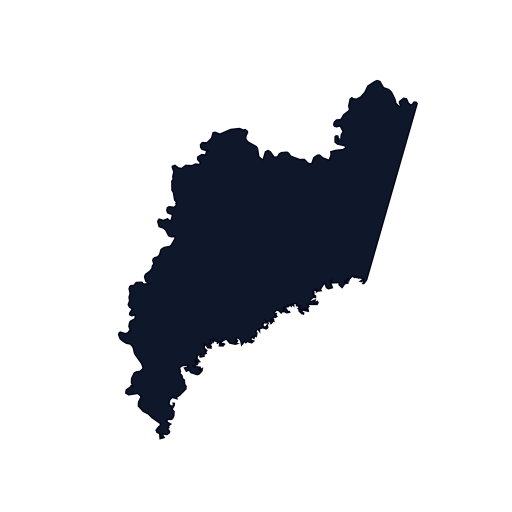 El Encanto, Amazonas, Colombia (orthographic projection), rotated 106°
{"feature_id": "7082276B15462988930410", "entity_name": "El Encanto", "entity_type": "district", "adm_level": 2, "iso_a3": "COL", "parent_name": "Colombia", "parent_adm1": "Amazonas", "projection": "orthographic", "projection_center": [-72.847, -1.998], "detail": "fine", "context": "isolated", "style": "filled", "palette": "ink", "viewbox_px": 512, "rotation_deg": 106, "n_neighbors": 0, "source": "geoboundaries", "source_scale": "gbopen_adm2", "svg_char_len": 6137}
<svg xmlns="http://www.w3.org/2000/svg" viewBox="0 0 512 512"><g transform="rotate(106 256 256)"><path d="M65.1,143.1L64.1,144.6L64.4,146.4L67.6,147.7L68.1,149.1L67.1,151.7L63.5,154.7L63.7,157.5L68.0,160.6L69.9,160.0L71.0,158.3L72.7,159.2L72.9,158.5L72.9,159.8L70.7,163.6L66.6,166.0L61.2,171.0L59.4,174.4L59.1,179.8L54.1,185.1L54.0,187.9L55.6,189.9L61.9,195.3L68.6,196.4L74.4,199.2L77.6,202.6L78.4,207.9L76.9,207.0L79.1,208.7L86.2,208.2L89.0,206.6L90.7,206.6L96.2,210.7L101.0,211.8L102.7,213.6L102.0,213.3L103.1,216.1L105.6,217.5L108.0,217.6L109.5,216.5L109.6,214.3L107.7,210.9L112.4,206.5L115.8,207.4L120.1,206.6L121.5,207.2L122.1,208.2L121.6,209.0L120.4,209.6L120.5,208.0L120.2,209.5L118.2,210.4L118.4,212.1L119.5,212.8L124.6,211.4L125.9,208.6L125.5,200.8L127.2,199.5L129.7,201.5L132.5,208.5L135.2,212.8L138.3,211.6L143.9,212.1L143.3,218.8L141.5,222.8L142.1,224.6L145.6,227.5L151.8,227.8L152.6,230.0L152.4,231.7L149.9,236.1L151.3,240.8L150.5,250.3L148.2,253.0L147.7,254.9L149.7,260.1L151.4,261.7L154.9,262.7L156.1,265.7L152.0,270.9L151.3,273.5L153.3,275.6L161.2,275.7L161.7,276.7L159.8,280.7L152.3,284.2L150.8,285.8L148.8,294.6L146.8,297.9L143.8,298.8L139.4,298.2L138.3,299.0L137.5,301.3L138.5,303.0L138.0,306.9L141.3,315.1L148.8,324.2L148.4,329.5L149.4,331.2L155.1,331.1L160.7,334.4L161.9,339.0L164.4,340.0L166.8,339.1L168.2,337.4L168.4,331.3L169.5,332.3L172.8,332.3L173.5,336.1L177.0,339.3L179.4,338.6L181.6,335.0L182.9,335.2L183.9,336.5L184.2,339.3L186.8,342.4L188.3,348.5L192.4,351.5L192.8,355.0L191.2,358.9L192.7,361.0L193.8,360.9L197.8,358.1L202.4,357.9L205.3,356.7L207.2,357.5L215.9,354.9L217.8,352.8L224.6,349.6L226.4,346.8L227.5,347.5L228.7,346.4L231.8,348.0L232.6,353.1L234.1,354.5L237.0,354.2L238.9,352.6L239.2,347.6L245.2,347.4L246.0,348.8L244.6,351.2L247.4,354.9L247.3,359.3L249.8,360.0L254.4,357.2L254.6,352.9L255.7,350.1L260.6,345.5L260.8,342.5L259.6,339.4L261.5,338.6L269.2,340.5L270.5,341.4L273.2,346.7L275.9,349.0L281.5,349.0L284.2,350.5L285.6,353.0L287.2,354.0L288.9,353.9L291.8,351.9L293.8,352.8L296.7,352.5L299.7,353.7L304.1,357.1L306.6,357.4L310.4,355.1L312.2,351.4L314.1,356.4L312.7,358.5L314.5,363.8L318.1,365.3L319.0,368.1L320.2,368.9L322.5,368.9L326.7,366.6L330.4,366.7L334.0,365.1L337.9,365.4L340.2,363.3L340.6,360.2L345.5,361.6L347.2,361.3L347.7,358.9L345.8,356.1L348.0,355.1L349.9,355.2L353.4,358.8L354.8,359.1L358.5,358.8L362.6,355.9L362.7,357.0L365.2,358.0L366.7,360.1L366.6,365.5L367.9,366.4L369.6,366.3L373.0,363.7L374.3,360.9L375.6,356.5L375.2,353.0L376.0,351.0L377.8,348.8L383.4,345.7L391.0,336.2L394.2,333.9L395.7,333.8L398.9,335.6L400.3,339.0L402.1,340.8L408.1,341.8L412.5,340.6L414.7,338.5L415.2,340.3L415.9,340.1L420.5,343.8L423.6,343.4L424.5,340.1L420.7,331.9L422.2,328.5L423.3,327.6L428.7,328.6L432.6,327.7L436.4,321.6L437.5,315.9L440.1,311.2L443.5,301.3L447.7,301.7L447.1,302.5L451.0,304.0L452.9,302.4L453.1,299.7L458.0,297.8L455.8,294.3L453.9,296.4L452.5,296.2L452.2,292.5L449.8,290.6L448.6,290.7L446.3,293.5L445.0,292.5L443.2,293.4L441.1,291.7L440.4,295.1L438.8,296.5L437.3,295.7L436.5,292.7L435.2,291.4L432.2,291.0L428.2,291.9L426.4,294.5L422.3,293.5L420.2,293.9L420.4,295.0L422.0,294.1L423.2,294.5L423.8,297.2L421.6,299.1L417.8,299.2L414.9,297.3L415.0,292.7L413.4,293.5L411.2,291.2L403.2,286.8L400.5,287.3L399.1,289.2L395.0,290.7L394.4,292.5L391.1,294.5L390.2,296.7L387.9,296.9L384.4,298.8L381.6,296.5L379.7,291.7L381.3,290.8L383.4,293.9L385.9,291.2L383.9,288.7L386.0,286.6L386.2,279.7L385.0,278.1L381.3,276.3L379.1,276.6L380.7,278.2L381.0,279.7L380.3,280.1L379.1,278.7L378.3,279.1L379.5,285.2L379.0,286.1L376.7,282.8L375.3,282.4L375.0,285.1L373.4,285.9L374.0,282.9L373.1,281.1L370.9,284.5L367.7,285.0L365.8,282.3L368.3,282.1L368.4,281.4L366.6,278.3L364.7,279.2L363.4,277.0L362.1,278.1L360.0,276.9L361.4,278.4L359.9,278.5L358.9,280.3L355.0,281.4L356.0,278.5L357.4,277.1L356.9,273.9L355.2,274.2L353.5,276.9L352.6,274.8L351.6,274.5L349.6,277.0L348.7,275.5L350.3,273.5L347.7,273.7L349.0,272.8L348.8,269.3L351.0,269.1L348.8,268.3L349.0,266.9L352.4,266.4L351.5,262.9L349.4,262.0L349.2,263.0L350.8,264.3L349.4,264.3L348.9,265.9L348.1,265.9L343.9,261.8L346.9,257.1L346.5,251.6L345.4,249.9L345.4,252.0L344.4,253.1L344.8,251.5L343.3,250.4L342.4,250.5L341.6,252.6L339.5,251.2L340.3,248.8L341.8,247.2L345.4,245.3L341.0,243.5L342.1,241.9L340.6,241.1L340.6,236.2L338.4,234.8L338.3,237.3L337.2,238.2L335.1,237.5L335.7,235.3L333.2,235.4L333.3,233.6L329.7,233.9L328.6,235.7L326.6,234.7L325.7,233.9L327.3,231.9L325.0,232.7L323.1,229.8L323.2,226.1L321.6,225.0L319.3,226.1L321.8,227.4L322.0,229.1L320.5,230.5L317.9,230.1L317.4,227.6L315.5,228.8L316.9,226.1L315.4,227.0L314.6,225.0L316.8,223.0L314.0,221.5L313.6,223.9L312.1,224.5L313.4,221.1L312.3,221.6L312.5,223.1L309.7,221.9L309.7,220.5L308.3,219.3L307.6,220.5L305.8,220.6L306.5,221.9L304.7,222.9L302.1,221.1L302.3,218.8L303.8,216.1L302.3,215.7L301.6,213.2L302.1,210.9L300.8,208.2L300.2,208.6L300.8,209.9L299.7,211.0L301.0,212.3L299.3,211.7L297.7,213.6L300.0,215.2L297.2,215.2L297.0,213.0L294.9,212.5L296.0,211.3L293.6,209.8L294.5,208.2L292.5,208.2L293.4,206.1L291.5,206.9L290.6,205.2L291.0,203.8L292.6,203.3L291.9,199.3L293.1,200.6L294.4,198.8L294.2,200.5L295.0,201.0L295.6,199.5L297.0,199.4L298.7,196.1L298.7,194.4L297.8,194.4L296.9,196.9L292.7,195.4L292.9,193.9L293.9,195.4L295.0,194.9L294.7,190.5L292.8,191.4L293.6,193.1L289.9,191.3L288.4,193.7L285.7,184.0L283.8,183.5L282.8,184.6L285.5,187.0L282.1,187.0L284.9,190.9L283.7,192.3L279.8,189.4L279.5,187.4L278.1,187.7L276.8,191.2L275.6,190.0L275.5,191.3L274.6,191.3L272.5,190.0L272.5,188.8L273.7,187.8L272.8,187.1L271.8,188.2L272.3,185.9L271.4,183.9L270.6,184.8L269.2,184.7L262.6,182.7L267.0,179.5L267.5,177.2L265.4,173.9L259.7,178.0L258.6,177.3L259.4,176.1L261.2,176.5L258.6,168.7L260.8,168.1L262.6,164.6L258.0,163.0L256.4,159.6L256.5,163.5L255.2,164.1L255.5,162.3L253.2,161.9L253.6,160.5L255.0,161.4L254.5,160.0L253.0,160.0L251.2,161.3L252.2,159.7L248.8,158.0L249.4,155.0L248.5,154.5L248.9,153.2L248.2,152.4L248.9,151.6L248.2,149.3L248.6,146.3L251.5,148.7L251.4,147.6L249.9,147.0L251.3,145.3L252.9,145.7L252.7,144.7L248.4,143.1L65.1,143.1Z" fill="#0f172a" stroke="#020617" stroke-width="1.5"/></g></svg>